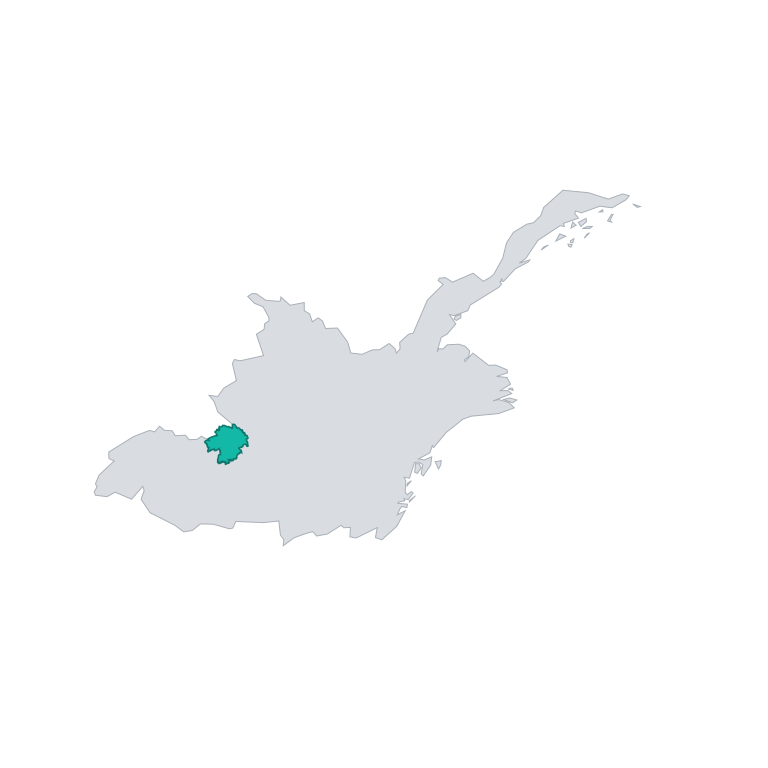 location of Bhamo, Kachin, Myanmar, rotated 244°
{"feature_id": "60261553B27046412343024", "entity_name": "Bhamo", "entity_type": "district", "adm_level": 2, "iso_a3": "MMR", "parent_name": "Myanmar", "parent_adm1": "Kachin", "projection": "orthographic", "projection_center": [97.111, 24.269], "detail": "fine", "context": "in_parent", "style": "filled", "palette": "teal", "viewbox_px": 768, "rotation_deg": 244, "n_neighbors": 0, "source": "geoboundaries", "source_scale": "gbopen_adm2", "svg_char_len": 9256}
<svg xmlns="http://www.w3.org/2000/svg" viewBox="0 0 768 768"><g transform="rotate(244 384 384)"><path d="M492.2,348.0L484.8,344.5L479.6,347.9L471.4,346.8L472.3,353.9L467.7,356.3L459.5,355.8L454.7,366.7L437.6,369.7L426.4,367.7L420.2,377.4L419.8,388.4L416.8,395.0L418.1,406.4L410.8,409.4L406.3,408.7L408.7,414.0L414.5,416.3L418.0,428.0L416.9,432.6L440.4,459.7L447.6,480.9L453.2,478.0L454.9,480.1L452.7,485.8L445.5,490.2L444.5,512.7L432.8,518.2L433.2,525.7L434.6,531.0L445.1,545.9L457.0,555.9L463.6,566.8L465.0,582.6L463.4,589.2L466.6,598.7L472.7,604.9L479.7,629.8L466.0,652.0L451.9,666.6L450.2,681.8L445.7,686.9L443.5,682.2L442.4,666.2L449.2,656.0L451.3,636.4L455.6,632.1L453.3,630.2L447.8,631.6L449.7,615.7L446.5,615.1L449.1,611.7L445.6,585.2L434.7,566.5L433.3,558.5L431.7,569.4L430.4,567.3L430.0,552.5L423.8,536.4L424.4,535.0L427.3,536.4L424.6,532.8L422.4,533.6L420.6,529.7L417.2,496.2L413.2,491.4L414.7,477.0L417.7,473.3L406.5,474.8L401.2,462.6L400.8,455.9L389.7,445.8L391.6,449.0L389.7,452.3L391.5,458.0L387.0,468.6L382.4,473.5L376.2,475.4L371.5,472.3L370.5,466.7L368.5,466.6L372.8,477.4L354.8,486.3L352.1,492.6L342.7,500.9L339.9,499.8L341.5,488.5L335.9,497.4L328.4,497.6L327.0,485.5L323.8,492.4L319.4,494.6L321.0,474.5L319.7,480.3L312.5,488.2L305.5,490.6L307.2,474.1L316.9,448.1L317.8,439.5L313.1,418.4L305.1,400.7L307.5,400.4L302.1,395.2L301.5,382.1L298.1,386.8L297.6,394.9L290.7,390.5L284.2,379.0L286.9,378.0L294.6,383.6L298.9,380.7L300.1,377.0L288.2,365.6L291.3,361.1L287.4,361.1L277.1,355.5L274.2,356.4L275.4,361.2L273.2,362.4L269.4,355.1L272.4,351.7L269.9,351.5L271.6,345.1L270.7,344.1L265.7,352.4L262.9,350.4L266.1,346.2L264.9,343.7L260.6,338.6L260.8,347.5L250.5,333.1L244.9,313.7L249.7,309.0L257.9,315.0L257.8,291.4L261.5,286.4L269.9,290.9L272.4,284.9L275.8,283.5L274.0,267.2L276.9,256.8L282.6,255.2L284.1,246.7L285.2,235.3L282.8,222.5L287.8,225.7L293.6,224.7L307.0,229.4L312.4,214.6L325.4,190.6L320.8,184.9L321.7,181.5L332.9,169.0L338.7,157.7L336.4,147.5L338.9,139.2L348.9,134.0L370.7,117.4L386.8,115.1L393.3,121.7L397.7,122.3L391.1,106.6L404.6,94.9L404.2,85.6L410.5,75.9L414.1,76.2L417.3,81.0L420.8,80.9L427.0,88.0L433.1,107.7L437.6,104.1L443.5,106.8L446.5,135.9L445.1,152.9L441.5,156.9L444.4,163.8L438.7,166.3L434.8,173.1L429.0,173.7L425.1,183.0L419.4,184.4L416.2,191.7L417.0,197.1L412.3,200.3L410.8,209.8L414.9,213.5L416.2,218.5L411.8,229.2L415.5,229.6L431.5,222.4L442.8,223.6L450.5,221.8L445.7,229.1L450.6,238.4L451.7,252.8L468.8,256.7L471.6,260.3L467.9,264.8L462.3,288.2L484.7,291.1L485.6,300.1L490.5,303.2L491.2,308.2L494.3,309.7L506.4,309.1L513.4,302.9L522.4,299.9L523.1,305.0L521.1,308.9L511.2,314.3L504.6,325.2L504.2,327.5L507.4,329.5L495.9,334.1L492.2,348.0ZM291.3,372.9L298.5,377.4L297.0,380.6L292.4,380.7L289.0,374.9L291.3,372.9ZM437.1,601.1L441.9,607.7L437.2,612.2L437.1,601.1ZM290.0,401.9L286.2,399.3L283.7,395.7L291.8,395.9L290.0,401.9ZM444.1,629.5L444.3,638.2L441.2,637.3L439.3,630.0L444.1,629.5ZM316.4,490.7L311.4,496.3L310.7,491.4L317.6,484.6L316.4,490.7ZM412.9,483.7L409.8,482.0L409.4,476.9L411.8,475.4L413.6,477.9L412.9,483.7ZM434.3,640.2L433.6,637.3L436.8,630.3L436.3,636.4L434.3,640.2ZM432.6,656.4L436.7,662.9L436.0,664.2L432.2,659.1L429.7,659.5L432.6,656.4ZM446.9,624.5L442.5,626.4L442.2,620.4L446.9,624.5ZM436.8,686.5L431.1,692.1L431.8,689.0L436.8,686.5ZM268.0,356.0L269.8,363.3L266.6,354.6L268.0,356.0ZM437.1,587.3L436.9,592.7L435.5,583.9L437.1,587.3ZM284.5,361.6L285.1,366.2L282.1,359.6L284.5,361.6ZM431.4,618.3L428.2,615.7L429.3,613.8L431.0,614.2L431.4,618.3ZM429.1,610.6L427.0,614.2L425.0,612.0L426.6,610.4L429.1,610.6ZM429.7,632.0L429.8,635.1L427.3,627.8L429.7,632.0ZM324.0,497.5L321.7,497.3L324.8,493.7L325.1,495.1L324.0,497.5ZM444.8,656.9L442.7,656.3L444.3,652.8L444.8,656.9Z" fill="#d9dde1" stroke="#a8b0b8" stroke-width="1"/><path d="M411.3,201.4L410.6,202.0L410.3,201.8L410.0,201.9L410.7,200.7L411.0,199.9L410.9,199.8L411.2,199.3L411.0,198.2L410.8,198.0L410.8,197.8L410.4,197.6L410.2,197.4L409.8,197.6L409.5,197.5L409.4,197.7L409.0,197.8L408.7,198.2L408.1,198.4L407.9,198.5L407.9,198.3L407.7,198.3L407.7,198.1L407.3,198.1L407.1,198.3L406.7,198.4L406.5,198.2L405.6,198.1L405.6,197.8L405.2,197.8L405.1,198.0L404.5,197.9L404.4,198.0L404.3,197.9L403.4,198.4L403.4,198.5L403.1,198.2L403.2,197.9L403.1,198.1L402.9,198.1L402.6,197.7L402.4,197.6L402.5,197.5L402.2,197.3L402.2,197.2L401.9,196.9L401.8,197.0L401.7,196.9L401.7,197.0L401.7,196.8L401.5,196.5L401.3,196.4L401.3,196.6L401.1,196.6L400.9,196.6L400.9,196.2L400.4,196.0L400.2,196.2L400.4,196.3L400.3,196.5L400.5,196.6L400.3,196.9L400.5,197.4L400.4,197.4L400.6,197.5L400.4,197.6L400.6,197.9L400.3,198.1L400.4,198.4L400.2,198.4L400.0,198.6L400.0,199.0L400.2,199.4L400.3,199.4L400.3,199.5L400.5,199.4L400.5,199.6L400.8,199.7L400.6,200.1L400.2,200.6L400.2,200.8L400.1,201.4L400.3,201.5L400.2,201.8L400.0,202.0L400.1,202.5L399.9,202.4L399.8,202.6L399.3,202.7L398.9,202.5L398.5,202.5L398.3,203.2L398.4,203.5L397.9,203.6L397.9,203.9L397.7,204.4L398.1,205.2L398.1,206.5L398.2,207.4L397.7,207.0L397.3,207.0L396.9,207.2L396.8,207.5L396.2,207.9L395.9,207.5L395.6,207.6L395.4,207.4L395.5,207.1L395.3,207.0L394.8,207.1L394.6,206.7L393.8,206.9L393.4,206.6L392.8,206.4L392.7,206.2L392.2,206.1L392.8,205.3L392.6,204.2L392.2,203.9L391.8,203.7L390.9,203.0L390.1,202.7L389.3,201.5L388.4,201.2L388.3,201.3L388.0,201.1L387.9,201.1L387.8,201.3L387.8,201.1L387.6,201.1L387.7,200.8L387.4,200.7L387.1,200.3L386.8,200.4L386.5,200.3L386.4,200.5L386.3,200.3L385.7,200.3L385.4,200.7L385.1,200.8L385.3,201.2L385.0,201.5L384.9,201.8L385.1,201.8L385.0,202.0L385.3,202.0L385.2,202.3L384.9,202.1L385.0,202.6L384.8,202.7L385.1,203.0L384.9,203.0L384.5,203.1L384.5,203.3L384.9,203.1L384.8,203.4L385.1,203.5L384.9,203.6L384.8,203.9L385.0,203.9L385.1,203.7L385.3,203.8L385.1,204.0L385.0,204.6L385.3,204.8L385.1,204.9L385.1,205.1L384.7,205.1L384.7,205.5L384.4,205.5L384.2,205.7L384.0,205.8L383.6,205.9L383.5,206.0L383.8,206.0L384.0,206.3L383.6,206.5L383.9,206.8L383.7,207.1L383.8,207.4L383.6,207.5L383.3,207.3L382.9,207.4L382.8,207.6L383.0,207.8L382.6,207.6L382.4,207.1L381.8,206.6L381.2,206.3L381.1,206.5L381.3,207.4L381.5,207.8L380.9,209.1L380.9,209.6L381.1,210.1L381.1,210.3L381.7,210.4L381.7,210.6L382.1,210.1L382.3,210.3L382.4,210.2L382.7,210.6L383.4,210.9L383.6,211.4L383.4,211.6L383.5,211.8L383.8,211.6L383.7,211.8L383.9,211.8L383.7,211.9L383.8,212.2L383.5,212.4L383.6,212.8L383.1,212.7L383.0,212.8L382.8,212.8L382.7,212.6L382.6,212.8L382.6,213.1L382.3,212.9L381.9,213.0L382.2,213.7L382.4,213.9L381.8,214.1L381.5,214.3L381.3,214.6L381.4,214.9L381.6,215.5L381.8,215.7L382.0,215.6L382.6,215.6L382.5,216.2L382.4,216.5L382.3,217.1L382.0,217.5L381.8,217.6L381.5,218.1L381.6,218.3L381.8,218.3L381.7,218.7L382.7,219.1L383.0,219.6L382.9,219.7L383.5,219.8L384.2,220.5L384.4,220.9L384.5,221.1L384.5,221.5L384.8,221.7L385.2,222.1L385.3,222.7L385.1,223.0L384.9,223.1L384.8,223.7L384.9,223.8L385.3,223.7L385.4,224.0L385.4,223.9L385.5,224.5L385.4,224.7L385.6,224.8L385.6,225.2L385.1,225.9L384.8,226.0L385.5,226.3L386.3,226.3L386.4,226.5L387.2,226.4L387.7,226.0L387.9,226.0L388.2,225.7L388.4,225.7L388.8,225.5L389.2,225.6L389.7,225.3L390.1,225.5L390.2,225.8L390.3,226.1L390.0,226.9L389.8,227.0L389.5,227.7L389.9,228.1L389.7,228.3L389.8,229.0L389.6,229.2L389.8,229.5L389.7,229.7L389.8,229.9L390.3,229.9L390.6,230.0L390.8,230.4L391.1,231.3L391.1,231.7L390.8,232.4L390.6,232.8L390.2,233.0L390.1,233.4L389.2,233.6L388.5,233.4L388.2,233.4L387.8,234.0L387.8,234.5L388.0,234.8L388.6,234.8L389.1,235.0L389.6,235.0L389.9,235.2L390.1,235.1L390.6,235.5L390.8,235.7L391.1,235.8L391.3,235.6L391.5,235.5L391.8,235.6L391.9,235.8L393.1,235.7L393.4,235.8L393.8,235.7L394.0,235.9L394.7,236.1L394.6,236.6L394.7,237.0L394.8,237.4L395.0,238.1L395.4,238.1L395.7,238.2L396.8,238.2L397.2,238.4L397.7,238.2L398.0,237.7L398.3,237.4L398.5,237.3L398.9,237.4L399.0,237.1L398.8,236.9L398.9,236.7L399.2,237.0L400.1,237.2L400.4,236.6L400.5,236.5L400.9,236.8L401.1,236.3L401.3,236.2L401.6,236.4L401.7,236.9L402.3,236.2L402.5,236.1L402.8,236.2L402.8,235.8L403.9,236.3L404.0,235.8L404.3,235.5L404.5,235.6L404.9,236.3L405.1,236.4L405.2,236.2L405.1,235.8L405.2,235.4L405.8,235.0L406.0,234.7L407.1,234.9L407.8,234.5L408.3,234.0L408.8,233.7L408.4,232.9L408.6,232.6L409.1,232.2L410.2,232.2L410.5,232.5L410.7,232.2L411.0,232.3L411.3,232.1L412.1,232.3L412.3,232.2L412.5,232.2L412.8,232.1L413.5,231.6L413.7,231.1L414.1,230.6L414.1,230.4L413.9,230.1L413.4,229.7L412.8,229.6L412.6,229.3L412.0,229.0L411.8,229.1L411.6,228.8L410.7,228.5L410.7,228.1L410.8,227.9L411.8,227.4L412.0,227.1L412.0,226.8L412.2,226.6L413.7,225.9L413.6,225.7L413.9,225.4L413.9,224.7L414.0,224.5L414.6,224.0L415.2,223.8L415.8,222.9L416.2,222.8L416.3,222.6L416.8,222.3L417.1,221.6L417.2,220.8L417.5,220.7L417.3,220.2L416.8,219.9L416.7,219.4L416.8,218.5L417.3,217.9L418.0,217.4L417.6,217.1L417.4,216.8L417.1,216.5L416.6,216.2L415.7,216.3L414.9,216.2L414.7,215.3L414.8,214.7L415.0,214.6L415.4,214.8L415.8,214.6L416.0,214.7L416.4,214.1L416.3,213.6L415.6,213.2L415.3,212.7L415.4,212.4L415.2,211.9L415.3,211.5L415.1,211.1L414.8,211.0L414.5,211.2L414.1,211.2L413.5,211.5L410.8,211.6L410.8,211.0L411.4,209.9L411.5,209.0L411.7,207.6L411.7,206.6L411.9,206.1L411.9,204.7L412.0,204.1L411.8,203.4L411.9,202.2L411.4,201.8L411.3,201.4Z" fill="#14b8a6" stroke="#0f766e" stroke-width="1.5"/></g></svg>